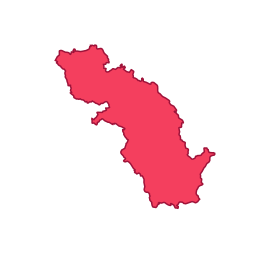 an SVG outline of Chhattisgarh, rotated 118°
{"feature_id": "IND-3260", "entity_name": "Chhattisgarh", "entity_type": "State", "adm_level": 1, "iso_a3": "IND", "parent_name": "India", "parent_adm1": "", "projection": "albers", "projection_center": [82.048, 20.958], "detail": "fine", "context": "isolated", "style": "filled", "palette": "rose", "viewbox_px": 256, "rotation_deg": 118, "n_neighbors": 0, "source": "natural_earth", "source_scale": "10m", "svg_char_len": 5810}
<svg xmlns="http://www.w3.org/2000/svg" viewBox="0 0 256 256"><g transform="rotate(118 128 128)"><path d="M150.4,38.3L153.0,37.5L154.1,36.9L154.9,35.5L155.1,34.1L156.5,33.0L157.2,31.3L158.7,31.7L160.4,31.9L162.1,33.0L162.4,33.5L162.5,35.5L162.9,36.8L163.4,37.4L167.8,41.5L168.4,43.4L168.0,44.7L168.0,45.2L168.7,46.9L169.2,47.7L170.0,48.0L171.5,47.9L173.5,48.6L173.7,48.2L173.6,47.2L173.7,46.8L175.0,46.2L175.5,46.3L175.8,47.5L176.3,48.5L176.3,48.9L174.6,51.3L174.4,54.1L174.6,54.7L174.8,54.8L175.7,54.0L176.0,53.9L176.4,54.1L176.7,54.8L177.0,56.3L176.9,58.7L176.6,60.0L176.8,61.3L177.3,61.9L178.5,63.1L179.3,65.7L179.8,65.9L180.1,65.9L180.3,64.9L182.1,65.8L183.7,65.6L185.0,66.0L185.3,66.5L185.5,67.4L185.9,68.4L186.0,69.0L185.2,70.2L183.4,71.7L182.5,72.2L181.5,74.7L179.3,76.5L177.8,76.6L177.0,77.6L175.9,78.3L175.4,80.2L176.0,81.4L176.2,82.7L176.0,83.4L175.1,84.6L174.4,85.0L171.9,85.6L168.5,88.4L165.8,89.7L163.9,92.3L163.6,93.1L164.3,94.0L164.3,94.5L163.0,95.4L162.7,97.1L163.0,97.6L164.4,98.6L164.1,100.0L164.2,100.7L164.0,101.3L163.0,101.4L162.7,102.4L162.0,102.1L161.5,102.3L161.3,103.9L158.3,109.1L157.6,111.5L157.6,112.6L157.8,113.2L159.0,114.3L159.3,114.8L159.4,115.8L159.1,116.4L158.6,116.5L156.9,115.8L156.3,115.8L155.8,116.6L155.7,117.9L154.8,119.1L154.0,121.5L153.4,122.5L152.5,123.1L150.4,123.2L149.5,122.5L148.7,122.2L148.1,121.6L147.4,121.3L143.4,122.0L142.5,122.4L141.4,121.9L138.7,122.2L138.3,122.5L138.4,123.6L137.9,124.4L137.3,126.1L136.0,128.2L135.7,128.7L134.7,129.1L133.2,131.2L131.9,131.9L131.6,131.6L131.6,130.9L131.5,130.7L130.3,130.4L129.9,130.7L129.9,134.5L130.5,136.9L129.8,140.8L130.3,142.0L130.7,141.8L130.9,142.0L131.2,143.3L131.5,143.5L132.0,143.2L132.1,143.5L131.8,147.3L132.3,148.3L132.5,152.0L131.9,154.4L132.0,155.2L133.4,155.8L134.2,156.5L136.2,156.6L137.5,157.6L138.7,157.1L139.9,157.2L140.1,158.2L139.6,160.4L140.5,161.8L139.9,162.4L138.4,163.1L137.0,164.2L136.5,164.3L136.5,164.1L136.6,162.0L135.1,161.8L133.7,161.1L130.4,160.8L129.9,161.2L129.1,162.5L128.8,162.6L128.4,162.2L126.3,158.1L125.9,157.9L124.8,157.9L124.3,157.1L122.7,155.6L122.1,155.5L121.4,156.7L120.7,156.9L120.4,155.9L119.0,154.3L118.5,154.0L118.1,154.3L117.2,155.4L116.3,155.8L114.9,158.3L114.8,158.9L114.9,159.6L115.7,160.5L118.1,161.8L119.0,163.4L120.7,163.9L121.1,164.3L120.9,166.5L121.3,168.3L121.0,169.6L121.0,172.2L122.2,172.6L123.1,174.3L124.4,174.7L124.9,175.3L124.9,175.9L124.0,176.8L125.0,178.0L124.3,179.8L124.3,180.8L124.9,182.6L124.7,183.9L125.7,184.8L125.9,185.9L126.6,187.2L126.5,190.0L125.4,190.8L124.9,191.5L124.5,194.0L124.1,195.3L122.9,194.6L122.1,196.2L121.4,196.5L119.8,196.8L119.2,197.2L118.4,198.3L117.3,198.8L117.4,199.3L118.4,200.0L118.6,200.8L116.9,202.0L115.6,203.5L114.1,204.7L112.4,207.4L110.7,208.0L109.8,209.1L108.3,209.8L107.2,209.8L106.9,210.0L106.0,211.9L106.4,213.1L105.8,215.4L105.1,216.4L105.1,218.2L104.9,219.2L104.3,220.3L104.0,221.7L103.6,221.7L103.0,221.4L102.6,221.5L102.4,222.9L102.5,223.9L98.2,223.9L95.7,222.9L92.4,224.7L92.0,224.7L91.1,223.8L90.7,222.8L90.5,219.0L89.7,217.1L89.4,215.9L89.4,215.3L90.1,213.7L90.0,213.4L89.3,213.2L87.5,213.7L87.1,213.2L86.8,211.6L86.2,211.4L85.9,211.5L85.4,212.8L83.8,212.8L83.4,212.2L83.5,211.6L84.6,210.8L84.7,210.3L83.9,208.9L82.8,205.8L81.6,204.2L79.3,201.4L76.9,199.6L75.8,199.4L74.3,199.9L73.8,199.8L73.5,199.2L73.2,199.1L72.6,199.8L71.7,198.3L71.5,197.0L71.2,196.3L70.7,196.0L70.3,196.1L70.0,195.1L70.0,194.8L70.4,194.2L72.3,193.1L72.6,192.5L72.5,191.9L70.8,189.8L70.4,189.0L70.4,188.0L71.0,186.8L72.6,184.9L73.2,183.8L74.3,179.8L75.6,179.2L76.5,177.4L77.6,177.0L78.6,175.7L79.3,175.5L79.6,175.9L80.0,177.1L80.5,177.8L82.2,177.7L83.4,179.5L84.6,178.4L86.6,177.4L86.6,177.0L85.9,175.8L85.9,175.3L87.7,174.8L88.3,174.2L88.5,173.3L88.0,172.1L86.8,171.0L85.9,170.8L84.6,169.9L82.9,169.3L82.5,168.6L82.2,166.9L82.0,166.5L79.3,165.3L78.3,162.8L77.8,162.6L77.3,162.8L76.9,163.3L76.9,164.0L76.6,164.1L75.3,163.9L74.7,163.6L74.6,163.3L74.9,162.9L76.4,162.2L76.8,161.4L76.7,161.0L75.2,160.4L75.2,160.0L75.7,159.1L76.1,158.8L77.5,159.5L78.2,159.5L78.9,155.6L78.2,152.9L75.0,152.5L74.9,152.0L75.2,151.0L75.2,149.9L75.7,149.3L78.3,148.9L79.8,147.6L80.9,147.2L81.0,146.7L80.6,144.9L80.7,143.0L81.3,141.5L80.9,140.8L81.0,138.9L80.7,138.6L79.5,138.3L77.9,139.1L77.3,138.8L77.4,138.2L77.7,137.5L79.4,136.6L79.6,135.8L79.1,133.3L79.0,129.1L78.5,128.5L77.5,128.8L76.8,128.6L76.2,127.9L75.7,126.6L76.5,122.5L77.2,121.5L79.0,120.4L81.2,119.3L82.4,118.2L82.7,117.5L82.7,116.0L84.0,112.3L83.9,108.9L84.3,105.0L84.6,104.1L85.0,103.7L85.9,103.6L86.4,103.2L86.9,102.3L87.4,101.0L87.3,97.8L89.3,93.7L89.7,93.4L90.1,93.3L90.6,93.5L91.3,94.7L91.8,94.8L92.0,94.4L92.1,94.0L91.6,92.9L92.4,92.4L92.9,89.9L93.5,89.2L94.7,88.5L95.4,87.4L95.5,84.2L95.7,83.5L96.7,82.2L97.0,81.8L97.6,81.7L98.0,82.6L98.6,82.9L99.8,82.1L101.0,81.9L101.7,81.3L102.1,81.3L102.8,81.8L103.4,82.8L103.8,83.1L104.6,82.7L107.2,80.6L109.0,80.2L110.1,79.7L110.4,78.4L110.9,77.9L112.5,76.7L113.2,76.6L113.6,76.2L113.4,74.6L114.1,73.8L113.9,71.0L114.2,70.5L116.4,69.6L118.5,67.7L118.6,67.2L118.3,65.5L118.6,64.7L119.2,64.3L120.7,63.9L122.1,63.0L122.6,62.9L123.7,63.1L124.1,62.6L124.5,61.5L124.7,59.6L125.4,57.3L125.3,56.6L125.0,56.1L123.6,55.0L122.9,54.7L121.3,55.0L121.1,54.9L120.9,54.3L119.9,53.9L118.1,51.0L117.5,50.7L116.2,50.6L113.4,49.5L113.0,49.5L110.6,51.2L110.2,51.4L109.8,51.2L108.7,49.0L109.4,48.0L109.5,47.0L110.5,46.3L111.4,45.0L111.4,44.6L110.1,41.5L109.7,41.0L109.8,39.9L109.6,39.7L110.2,39.1L111.3,39.1L113.0,41.0L114.0,41.7L114.8,41.9L115.6,41.9L118.4,40.5L120.3,40.6L122.3,41.7L125.8,41.7L127.4,42.2L131.7,42.2L134.0,42.5L134.9,42.5L135.9,41.6L138.0,40.6L138.2,40.3L138.4,39.1L138.8,38.8L141.5,37.8L141.8,37.5L142.0,36.2L142.4,35.6L143.5,35.9L145.0,37.3L146.2,38.0L146.9,38.2L149.1,38.1L150.4,38.3Z" fill="#f43f5e" stroke="#9f1239" stroke-width="1.5"/></g></svg>